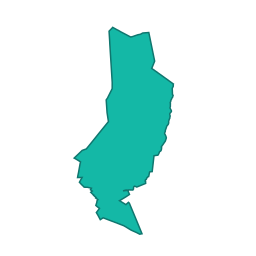 Santiago Suchilquitongo, Oaxaca, Mexico, rotated 119°
{"feature_id": "50627088B38659893203172", "entity_name": "Santiago Suchilquitongo", "entity_type": "district", "adm_level": 2, "iso_a3": "MEX", "parent_name": "Mexico", "parent_adm1": "Oaxaca", "projection": "albers", "projection_center": [-96.898, 17.231], "detail": "fine", "context": "isolated", "style": "filled", "palette": "teal", "viewbox_px": 256, "rotation_deg": 119, "n_neighbors": 0, "source": "geoboundaries", "source_scale": "gbopen_adm2", "svg_char_len": 2881}
<svg xmlns="http://www.w3.org/2000/svg" viewBox="0 0 256 256"><g transform="rotate(119 128 128)"><path d="M47.4,190.2L48.5,190.4L52.5,191.5L61.6,185.7L62.3,185.3L95.8,163.9L101.3,160.9L110.8,160.5L111.4,160.4L114.0,160.7L124.8,153.7L131.9,148.2L146.5,150.8L156.4,152.5L166.5,154.3L169.8,157.2L175.0,158.8L180.4,160.5L180.4,158.4L180.6,153.1L182.4,152.6L190.9,149.7L193.8,148.8L195.8,148.1L193.5,144.2L199.0,144.2L200.0,141.2L200.6,138.9L201.0,137.7L200.5,136.6L199.5,134.7L198.4,130.8L198.7,130.8L200.2,130.9L200.5,128.7L202.3,129.4L202.5,128.6L203.0,126.8L203.2,125.5L203.6,125.5L203.9,123.7L204.0,123.7L204.3,122.2L204.9,122.3L205.0,121.2L205.2,119.6L206.7,119.8L208.2,119.2L211.3,118.6L211.6,117.4L211.6,117.1L211.7,116.9L211.7,116.7L211.8,116.3L212.1,114.0L216.6,114.6L217.3,114.7L218.8,112.1L221.6,107.8L218.6,106.2L217.4,97.7L215.5,84.3L215.8,75.7L215.3,69.9L215.2,66.3L213.7,64.5L203.0,77.9L193.1,90.4L192.8,91.6L196.0,92.7L195.7,100.2L191.2,97.6L188.9,96.3L185.4,94.5L183.5,96.9L183.1,97.4L182.8,97.4L182.8,98.0L182.9,98.3L185.4,101.9L185.1,101.6L184.0,100.5L183.9,100.4L183.7,100.2L183.5,99.9L183.4,99.8L183.3,99.7L183.2,99.5L183.1,99.4L183.1,99.2L182.9,99.0L182.5,98.1L182.4,98.0L182.3,97.7L181.7,97.2L180.9,95.6L179.9,93.7L179.1,93.7L178.8,93.6L178.5,93.7L178.1,94.0L177.5,94.2L176.9,94.4L176.4,94.4L175.8,94.2L175.6,93.7L175.5,93.0L175.4,92.4L175.4,91.9L175.4,91.7L167.9,85.7L166.1,86.8L166.2,87.2L166.1,87.3L165.9,87.3L165.5,87.4L165.4,87.4L165.2,87.5L164.9,87.6L164.7,87.6L164.5,87.4L164.1,87.2L163.9,87.1L163.6,87.2L163.3,87.2L162.9,87.2L162.7,87.3L162.4,87.3L162.0,87.2L161.6,87.1L161.3,87.0L161.0,86.9L160.9,86.9L160.8,86.7L160.7,86.6L160.5,86.4L159.7,86.6L156.3,87.7L156.2,87.7L155.8,87.7L154.4,85.7L139.7,91.8L139.1,91.1L138.3,90.1L137.3,88.7L136.1,88.6L134.7,88.7L133.6,88.9L132.8,88.6L132.7,88.5L132.1,88.2L131.5,88.2L130.5,88.4L128.8,89.1L128.5,89.7L121.4,89.0L119.3,89.4L118.0,89.7L116.8,90.9L115.9,92.1L115.3,93.1L114.5,93.6L114.1,93.6L113.0,93.7L112.2,94.1L111.5,94.3L110.0,94.5L108.6,94.8L107.2,95.0L106.1,94.7L105.2,94.6L104.1,94.8L103.2,95.2L102.7,95.6L100.6,96.1L99.1,96.2L98.3,96.6L97.7,96.8L97.1,96.9L96.5,97.5L96.0,98.0L95.4,98.4L94.7,98.4L92.7,98.0L92.0,98.3L91.7,98.7L91.3,99.2L90.7,100.2L90.1,101.0L89.5,101.2L88.6,101.4L87.7,101.9L87.1,102.3L86.4,102.5L86.1,102.7L85.8,103.1L85.6,103.3L85.0,103.5L84.5,103.4L83.9,103.6L83.2,103.9L82.6,103.9L81.8,103.9L80.8,104.1L80.1,104.0L79.6,103.9L77.9,104.3L77.5,104.4L77.3,105.0L77.2,105.3L73.4,107.6L73.1,107.8L72.6,108.1L72.2,108.4L71.7,108.5L71.2,108.6L70.6,108.6L70.1,108.6L69.5,108.7L69.0,108.9L68.7,109.2L68.2,109.5L67.5,109.6L65.2,129.0L64.4,136.1L56.6,137.1L34.4,156.1L37.8,161.2L39.4,162.2L40.1,162.7L40.6,163.3L41.6,164.5L42.9,165.7L45.7,168.2L47.1,169.7L47.2,172.1L47.2,173.2L47.4,181.3L47.3,183.6L47.4,184.9L47.4,186.1L47.4,190.2Z" fill="#14b8a6" stroke="#0f766e" stroke-width="1.5"/></g></svg>